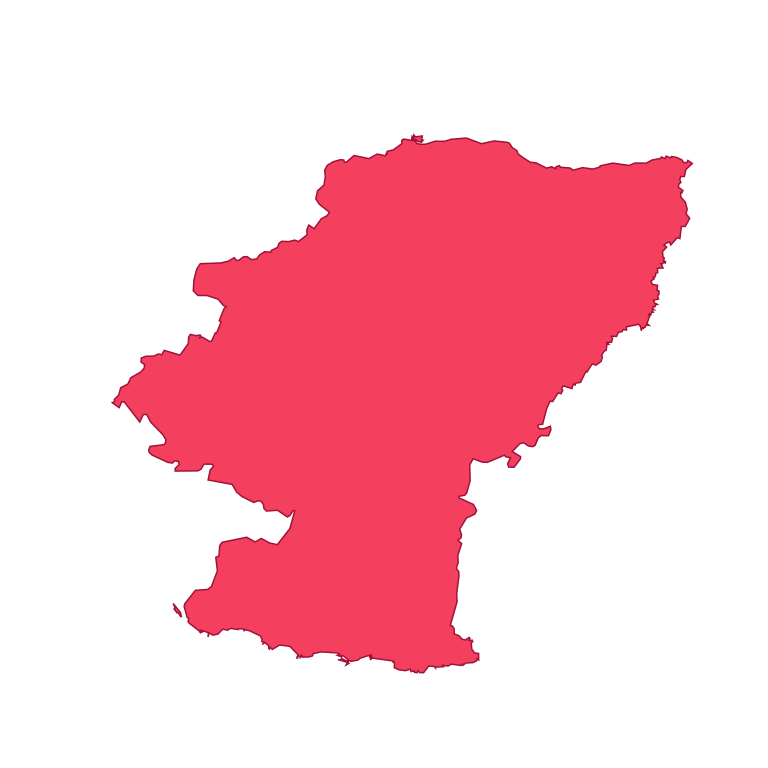 Lamongan, Jawa Timur, Indonesia (Albers equal-area conic projection), rotated 193°
{"feature_id": "22746128B62762388436916", "entity_name": "Lamongan", "entity_type": "district", "adm_level": 2, "iso_a3": "IDN", "parent_name": "Indonesia", "parent_adm1": "Jawa Timur", "projection": "albers", "projection_center": [112.288, -7.123], "detail": "fine", "context": "isolated", "style": "filled", "palette": "rose", "viewbox_px": 768, "rotation_deg": 193, "n_neighbors": 0, "source": "geoboundaries", "source_scale": "gbopen_adm2", "svg_char_len": 6163}
<svg xmlns="http://www.w3.org/2000/svg" viewBox="0 0 768 768"><g transform="rotate(193 384 384)"><path d="M133.2,668.2L138.2,670.2L138.7,667.9L141.9,667.1L144.1,669.4L150.1,670.6L154.9,670.4L155.9,668.8L160.4,669.5L160.8,666.9L164.8,667.6L165.4,665.9L173.1,662.6L178.2,658.2L189.6,655.6L194.2,652.1L210.7,650.7L222.5,645.2L222.7,643.8L228.9,640.4L239.1,639.5L247.8,634.9L251.4,636.3L260.7,634.9L262.2,636.2L265.2,634.4L265.0,632.5L269.7,633.3L274.1,630.9L285.5,633.7L291.4,633.0L299.4,635.8L305.2,638.4L307.0,641.3L312.0,643.1L316.1,646.9L318.4,647.2L331.5,645.6L343.0,640.1L359.0,642.2L373.5,637.6L379.6,634.1L388.6,632.1L397.4,627.0L401.7,625.9L406.3,625.7L408.4,628.0L407.6,629.2L406.0,627.9L401.8,628.0L400.8,630.3L402.1,630.0L402.5,634.3L408.7,631.9L411.1,633.3L410.8,631.7L412.1,631.6L410.7,630.4L412.3,630.1L412.0,628.8L409.4,629.2L408.9,627.8L420.0,627.1L421.5,625.4L420.7,622.2L427.6,614.2L433.3,611.4L432.6,609.1L433.7,609.2L433.9,606.7L442.4,606.5L449.4,600.2L464.6,599.9L470.4,591.9L472.5,591.3L473.6,593.2L477.1,592.7L483.5,589.1L488.4,584.3L489.9,579.1L487.7,572.5L487.3,564.3L492.2,557.4L492.1,549.0L487.3,544.5L475.7,539.0L477.3,535.2L482.3,530.8L487.0,519.7L493.1,521.9L493.9,516.8L492.5,512.0L499.4,503.6L503.4,504.1L508.9,501.3L515.6,500.1L517.9,497.5L518.5,493.1L523.8,488.9L523.9,487.1L530.2,485.9L534.2,481.9L536.1,477.3L541.3,475.4L546.1,477.3L549.7,476.2L553.3,471.8L555.5,471.2L558.3,473.4L563.4,468.6L570.3,465.2L590.1,459.9L592.3,453.8L592.6,442.7L590.8,431.9L585.2,428.4L576.1,430.4L564.6,429.3L558.4,424.5L555.2,423.8L556.8,421.5L558.8,408.6L556.7,407.8L558.6,396.0L559.9,395.9L561.7,386.9L563.3,386.2L571.4,388.8L574.0,387.6L573.3,389.6L574.2,390.4L578.1,388.8L583.8,388.8L584.9,385.9L583.8,379.3L589.2,366.3L605.8,367.3L607.1,362.6L610.5,362.5L614.7,359.4L622.4,357.4L626.3,354.7L625.7,350.8L621.6,349.0L621.3,345.4L623.5,341.2L632.1,333.2L633.5,326.4L639.7,321.2L640.0,313.5L643.3,308.3L642.5,306.5L644.6,304.6L636.7,301.4L635.6,307.8L632.9,308.0L613.4,292.0L611.7,300.0L608.4,301.0L602.9,294.5L587.7,284.6L584.2,280.8L583.6,277.8L584.8,275.4L597.9,270.6L598.5,266.7L597.3,264.5L594.1,262.6L576.9,259.0L572.3,259.4L570.7,262.0L567.2,262.4L565.3,259.6L568.5,254.7L567.9,252.2L545.9,257.5L543.2,259.7L541.5,265.4L533.3,267.2L531.6,265.4L534.0,261.2L533.8,250.9L509.3,252.0L503.3,245.5L497.1,242.4L484.3,239.3L480.1,242.1L477.4,242.0L474.5,239.6L473.0,235.8L469.9,233.8L459.4,237.0L448.3,232.7L446.1,234.6L444.1,240.3L442.4,240.3L443.2,222.0L451.8,203.5L459.3,203.3L468.9,205.9L473.9,201.1L483.3,203.8L506.2,193.3L507.7,189.5L506.1,179.4L508.9,177.2L504.3,164.5L506.6,147.7L509.5,144.2L521.4,140.5L528.7,125.0L528.7,122.3L523.2,112.2L521.4,111.5L521.5,108.5L520.0,107.1L508.9,102.0L505.4,103.3L507.7,100.9L506.8,100.3L503.9,102.8L499.2,102.1L498.5,97.9L498.5,102.1L494.3,100.8L489.6,102.9L485.8,109.0L481.0,108.9L478.8,111.3L470.6,112.0L470.0,113.1L466.3,113.6L465.1,112.6L464.6,114.2L464.7,111.6L464.3,113.3L459.5,113.3L447.7,110.7L445.1,107.3L445.2,105.5L442.4,105.2L444.0,102.7L442.0,105.2L437.7,103.2L436.7,100.4L436.1,99.9L435.8,101.7L433.1,100.3L427.0,106.2L416.7,107.2L406.9,100.9L407.4,97.5L405.8,97.4L406.9,97.7L406.4,99.9L404.1,99.5L404.2,97.7L403.3,101.3L402.0,99.5L395.4,101.3L392.5,103.0L392.3,105.4L384.7,108.9L368.7,111.5L366.4,110.7L368.6,109.2L364.1,108.5L364.6,109.5L362.3,109.9L357.2,107.3L357.7,105.3L363.5,107.1L364.3,105.2L366.9,105.1L357.9,104.6L356.3,106.9L357.7,101.7L355.3,103.9L356.5,104.4L356.0,106.8L353.9,106.3L347.2,109.2L345.5,111.5L337.6,116.2L334.4,112.1L336.2,117.9L333.7,114.3L312.6,116.2L312.5,114.8L311.0,114.7L310.2,109.9L305.0,108.9L298.5,109.5L294.3,112.1L292.9,109.9L289.9,111.2L289.4,109.9L286.8,110.1L286.4,112.5L284.5,110.8L280.5,111.6L277.0,119.2L271.3,120.1L269.8,118.8L269.9,119.8L262.3,122.0L263.4,123.2L258.1,123.6L255.4,126.2L245.5,127.1L244.7,128.8L243.7,127.7L241.6,130.5L234.5,132.6L231.4,135.2L231.4,137.3L229.7,136.5L231.2,142.7L235.3,142.4L238.8,145.4L240.8,151.3L239.6,152.8L240.3,154.2L243.5,153.1L243.0,155.4L244.1,156.2L247.0,152.9L250.3,152.9L254.4,155.6L259.3,156.3L260.7,161.6L263.2,163.7L265.1,163.7L263.8,188.4L266.0,195.9L267.8,214.0L269.0,218.0L272.1,220.7L271.5,226.5L273.5,233.6L272.4,245.9L276.9,248.5L274.4,251.3L274.6,254.5L277.6,259.7L273.5,271.9L266.2,277.7L265.3,281.6L269.7,286.7L285.5,290.0L285.6,291.5L280.4,293.7L278.9,296.4L278.3,309.2L282.3,324.4L280.4,331.2L270.8,330.0L265.7,330.9L250.7,341.7L248.9,340.4L244.2,340.7L245.6,334.1L243.8,331.1L238.5,332.2L234.2,341.8L234.6,344.0L243.9,347.0L238.2,356.4L234.8,358.2L229.5,356.1L225.0,356.4L223.0,358.2L221.6,366.2L219.3,369.1L212.1,370.6L211.1,377.0L212.4,380.3L218.4,376.2L222.6,375.3L224.6,377.6L224.4,379.1L220.4,380.4L220.0,396.4L218.4,404.5L215.7,404.9L212.4,414.5L209.3,414.4L208.4,418.1L210.0,419.4L208.9,422.5L199.9,421.8L199.6,426.4L197.5,426.0L197.5,427.9L192.9,429.8L190.1,441.7L188.9,441.3L185.7,450.4L181.7,450.1L177.5,454.9L177.3,459.4L178.5,460.6L176.9,465.5L175.1,466.9L175.7,472.9L174.0,473.2L176.1,474.5L171.7,475.9L171.5,479.3L173.2,481.6L168.1,482.7L167.2,487.1L163.9,488.6L163.2,490.9L159.8,491.1L160.7,494.2L149.4,499.4L147.1,497.9L145.1,493.6L145.9,495.5L143.8,496.4L144.4,497.1L142.4,498.1L141.7,500.5L139.1,500.8L141.4,501.9L140.5,509.6L141.7,510.9L141.2,511.9L139.7,511.0L139.4,514.0L136.9,514.7L139.0,514.6L139.1,516.9L137.6,517.1L138.9,517.7L139.0,520.0L137.3,520.3L137.3,522.2L135.6,523.1L138.4,523.7L140.2,526.3L135.6,528.6L137.2,531.2L136.2,533.6L137.2,536.7L139.0,536.5L139.7,541.7L144.7,541.3L147.1,544.2L144.4,547.3L145.8,548.4L143.8,549.7L144.1,553.1L142.4,554.0L143.6,558.3L138.2,559.8L141.3,563.6L139.6,563.8L138.9,565.6L137.2,565.1L137.2,566.4L139.5,567.4L139.2,569.8L140.8,570.5L142.4,575.7L139.4,581.0L142.4,582.2L140.5,585.1L137.8,586.4L135.9,584.0L131.2,592.5L128.4,592.3L129.7,604.3L125.9,605.4L123.4,614.2L128.0,617.9L127.9,622.6L131.3,629.0L136.9,632.9L138.1,637.4L136.7,637.3L136.3,639.8L141.3,641.8L141.7,645.2L140.1,647.2L141.8,649.8L141.6,652.8L138.0,653.8L138.1,660.9L133.2,668.2ZM540.0,122.7L537.1,118.6L537.9,117.5L534.1,114.4L533.1,115.0L529.9,111.7L529.1,111.8L530.9,115.5L540.0,122.7Z" fill="#f43f5e" stroke="#9f1239" stroke-width="1.5"/></g></svg>